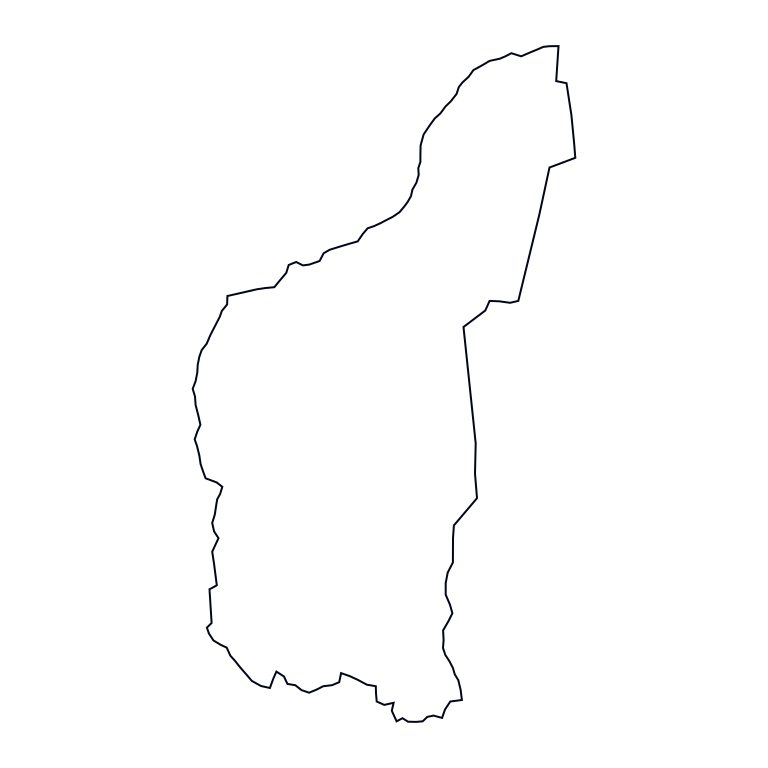 the district of Quixabeira, Bahia, Brazil
{"feature_id": "56859067B9726767352662", "entity_name": "Quixabeira", "entity_type": "district", "adm_level": 2, "iso_a3": "BRA", "parent_name": "Brazil", "parent_adm1": "Bahia", "projection": "mercator", "projection_center": [-40.125, -11.381], "detail": "fine", "context": "isolated", "style": "outline", "palette": "ink", "viewbox_px": 768, "rotation_deg": 0, "n_neighbors": 0, "source": "geoboundaries", "source_scale": "gbopen_adm2", "svg_char_len": 2173}
<svg xmlns="http://www.w3.org/2000/svg" viewBox="0 0 768 768"><path d="M445.4,106.6L440.4,113.4L434.8,118.4L429.9,125.1L423.6,134.5L420.6,145.4L420.4,154.8L420.4,161.8L418.3,168.2L418.7,174.9L416.4,182.7L412.4,189.7L411.0,196.1L407.8,201.7L404.2,206.6L399.5,212.2L392.6,216.9L386.7,219.9L380.8,223.0L374.1,226.1L367.6,228.3L362.9,233.8L357.7,241.4L348.8,243.9L339.2,246.8L329.6,249.8L323.7,253.2L319.6,261.0L309.2,264.6L302.9,265.4L296.2,262.0L288.7,265.0L286.3,272.8L280.4,279.8L274.3,287.2L265.7,288.0L256.8,289.3L227.4,296.0L227.1,304.5L221.8,311.0L219.8,316.8L215.8,324.5L210.5,334.8L206.7,343.7L201.7,350.1L199.3,356.9L197.7,365.0L197.3,372.6L195.6,381.2L192.7,388.8L195.0,396.5L195.6,405.0L198.3,415.4L200.4,424.8L197.3,431.6L194.7,439.4L197.0,446.0L199.3,455.3L200.6,464.1L202.9,470.9L205.6,478.3L216.6,482.4L222.3,486.8L220.2,493.8L217.2,499.3L216.2,505.3L214.8,514.6L212.2,523.0L214.1,531.4L218.5,538.2L212.2,551.7L214.1,564.2L216.8,585.3L209.5,589.3L210.9,611.6L211.6,623.0L206.9,627.6L208.9,633.5L213.5,640.5L220.8,644.9L226.7,647.6L230.3,655.6L235.2,661.1L240.2,667.4L246.9,675.1L251.8,680.9L261.0,686.0L269.9,688.0L273.2,678.9L276.4,671.6L284.0,676.5L287.4,683.9L295.3,685.2L301.5,690.1L309.1,692.7L316.4,689.7L323.3,686.2L332.0,685.2L339.2,682.2L341.1,673.1L349.7,676.1L357.3,679.6L366.9,684.7L375.8,686.2L376.0,693.3L376.7,701.5L384.3,704.9L393.6,702.8L391.8,710.8L396.6,721.3L402.5,718.2L408.0,721.7L416.3,721.9L422.7,721.3L427.3,716.9L433.5,715.6L442.1,717.9L445.0,709.5L450.3,701.5L461.9,700.0L460.6,689.7L458.3,680.2L454.7,674.2L453.0,668.2L449.7,661.7L445.3,654.9L443.0,648.0L443.6,640.2L443.1,630.4L448.6,620.9L452.4,613.2L450.0,604.8L445.7,594.7L445.7,583.0L447.7,572.6L452.9,562.5L453.0,538.2L453.9,525.4L477.0,498.2L475.0,473.6L475.7,443.4L463.5,327.0L485.3,310.5L489.6,300.9L499.1,301.3L510.1,302.8L518.3,300.9L539.4,214.3L549.5,167.5L575.3,157.8L574.1,142.9L571.4,115.0L566.5,83.2L556.2,81.1L558.5,46.1L549.3,46.2L543.2,46.9L537.3,49.5L530.7,52.2L521.2,56.3L511.3,53.2L505.7,56.2L499.8,58.7L489.6,60.9L480.4,66.3L473.4,70.1L468.7,76.7L462.5,82.4L458.8,87.1L456.6,93.9L450.9,101.2L445.4,106.6Z" fill="none" stroke="#020617" stroke-width="2"/></svg>